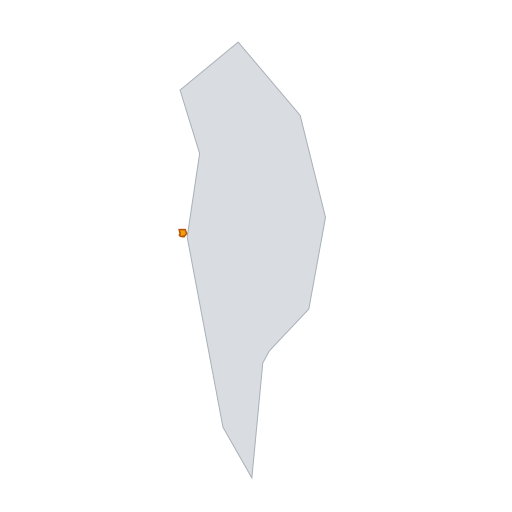 Ngerang, Palau (highlighted), rotated 160°
{"feature_id": "81905179B33808746946065", "entity_name": "Ngerang", "entity_type": "district", "adm_level": 2, "iso_a3": "PLW", "parent_name": "Palau", "parent_adm1": "", "projection": "albers", "projection_center": [134.637, 7.497], "detail": "fine", "context": "in_parent", "style": "filled", "palette": "amber", "viewbox_px": 512, "rotation_deg": 160, "n_neighbors": 0, "source": "geoboundaries", "source_scale": "gbopen_adm2", "svg_char_len": 868}
<svg xmlns="http://www.w3.org/2000/svg" viewBox="0 0 512 512"><g transform="rotate(160 256 256)"><path d="M270.6,437.9L199.6,463.1L166.4,373.0L177.5,268.5L224.5,188.1L275.7,162.4L286.2,153.2L335.8,48.9L345.6,106.4L314.2,297.3L273.9,371.6L270.6,437.9Z" fill="#d9dde1" stroke="#a8b0b8" stroke-width="1"/><path d="M319.2,307.1L319.3,306.7L319.3,306.3L319.3,305.9L319.4,305.6L319.4,305.1L319.4,304.5L319.4,304.1L319.6,304.0L319.6,303.7L319.7,303.2L319.8,302.9L319.8,302.6L319.9,302.4L320.1,302.2L320.3,302.2L320.6,302.2L320.8,301.9L320.8,301.6L320.6,301.5L320.6,301.3L320.6,301.0L320.5,300.7L320.3,300.5L319.5,299.9L319.3,299.7L319.2,299.6L318.8,299.5L318.6,299.4L318.4,299.3L318.2,299.5L317.9,299.5L317.7,299.4L317.6,299.5L317.5,299.3L317.4,299.2L317.2,299.1L317.1,298.7L313.5,300.8L313.5,305.1L319.2,307.1Z" fill="#f59e0b" stroke="#b45309" stroke-width="1.5"/></g></svg>